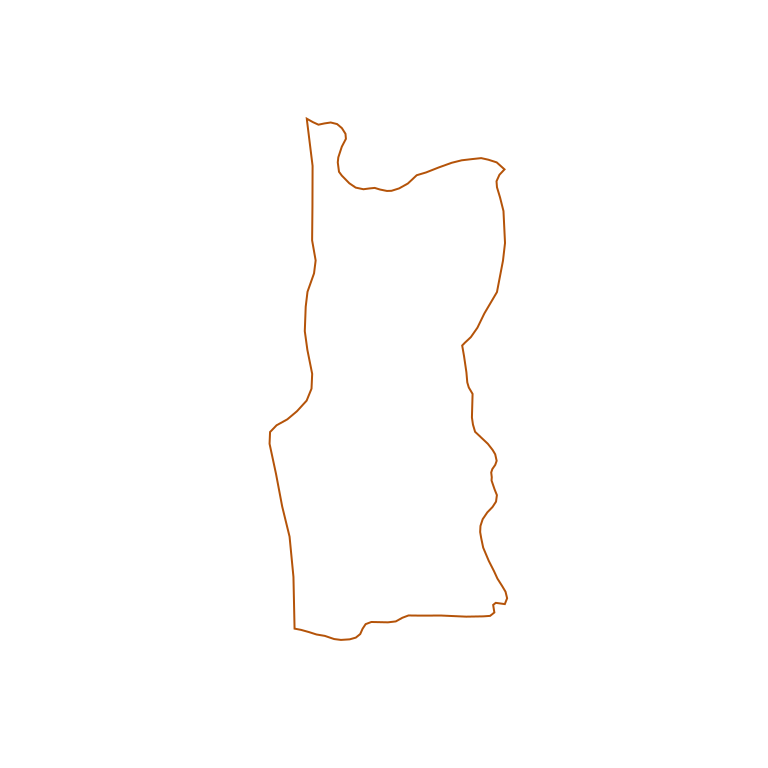 outline of Basse-Banio, Nyanga, Gabon, rotated 44°
{"feature_id": "22940354B35468012310479", "entity_name": "Basse-Banio", "entity_type": "district", "adm_level": 2, "iso_a3": "GAB", "parent_name": "Gabon", "parent_adm1": "Nyanga", "projection": "orthographic", "projection_center": [10.764, -3.223], "detail": "fine", "context": "isolated", "style": "outline", "palette": "amber", "viewbox_px": 768, "rotation_deg": 44, "n_neighbors": 0, "source": "geoboundaries", "source_scale": "gbopen_adm2", "svg_char_len": 1737}
<svg xmlns="http://www.w3.org/2000/svg" viewBox="0 0 768 768"><g transform="rotate(44 384 384)"><path d="M623.8,458.4L621.4,452.6L615.7,449.0L609.1,447.2L600.8,445.2L593.1,442.2L582.1,438.4L569.0,432.8L561.2,427.5L556.0,423.7L552.0,419.1L548.9,412.7L547.5,404.6L547.5,397.1L546.3,390.8L542.4,385.5L536.8,383.0L528.4,378.7L526.3,376.2L522.6,373.2L521.0,369.9L520.2,364.9L518.4,361.0L512.8,357.3L508.0,356.0L500.3,354.9L482.7,355.1L476.2,351.4L470.5,347.0L454.6,329.6L447.4,327.6L442.8,325.0L435.1,318.3L430.3,314.6L422.4,308.5L413.5,302.0L413.5,298.2L413.9,289.9L412.1,278.6L407.2,263.6L401.4,239.4L393.1,226.7L383.9,212.6L373.1,198.5L349.8,176.6L337.9,169.2L328.6,164.0L324.1,160.0L321.7,153.3L321.6,145.9L311.1,146.3L303.2,150.2L297.0,154.0L290.9,161.3L284.5,169.1L279.0,177.9L272.9,190.3L267.3,202.6L262.5,211.1L261.9,223.2L259.0,232.8L255.2,239.8L252.0,243.1L246.0,246.9L241.1,249.4L237.8,253.3L233.9,258.2L227.2,262.4L219.6,263.7L208.9,263.4L204.2,262.6L196.8,256.7L193.7,252.7L188.8,242.6L186.3,234.1L182.5,230.8L176.0,229.2L169.7,229.6L164.0,232.9L160.1,238.0L156.7,243.0L151.0,245.0L144.2,246.8L146.1,248.4L181.1,276.7L209.1,305.9L232.5,330.6L249.0,342.6L256.8,353.0L264.9,370.8L274.0,382.8L290.3,401.0L305.2,412.7L325.3,426.6L335.1,437.7L339.9,449.7L340.3,464.0L339.0,476.6L335.4,488.3L335.4,497.7L343.2,506.5L368.8,523.7L395.8,542.8L422.1,559.4L452.9,585.7L489.6,622.1L495.1,618.5L502.5,614.5L509.4,611.1L516.4,606.3L525.3,602.1L530.8,598.0L536.7,591.5L539.9,586.0L540.6,580.4L538.6,574.9L537.6,569.5L540.2,564.0L552.4,552.7L557.4,546.6L559.6,539.4L562.4,533.5L571.1,525.3L585.9,510.9L604.7,494.3L616.9,482.1L621.4,477.1L622.1,471.7L616.0,467.1L616.4,463.8L623.8,458.4Z" fill="none" stroke="#b45309" stroke-width="2"/></g></svg>